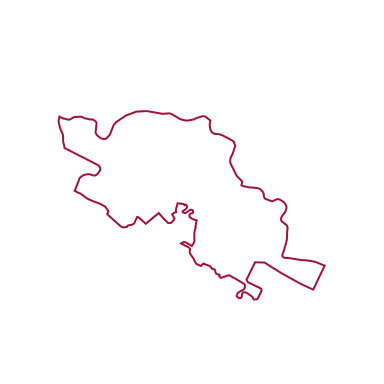 Sahar, Sa`dah, Yemen, rotated 117°
{"feature_id": "15242507B10960751674051", "entity_name": "Sahar", "entity_type": "district", "adm_level": 2, "iso_a3": "YEM", "parent_name": "Yemen", "parent_adm1": "Sa`dah", "projection": "mercator", "projection_center": [43.698, 16.931], "detail": "fine", "context": "isolated", "style": "outline", "palette": "rose", "viewbox_px": 384, "rotation_deg": 117, "n_neighbors": 0, "source": "geoboundaries", "source_scale": "gbopen_adm2", "svg_char_len": 5999}
<svg xmlns="http://www.w3.org/2000/svg" viewBox="0 0 384 384"><g transform="rotate(117 192 192)"><path d="M185.0,344.3L188.7,343.4L190.1,342.6L193.6,339.7L195.1,338.4L196.3,337.1L198.2,334.5L199.5,333.2L200.2,332.6L201.2,332.0L205.0,330.0L205.7,329.6L208.5,327.1L209.7,326.2L210.7,325.5L210.7,287.4L211.8,285.1L214.3,283.6L219.3,284.5L221.5,286.0L222.3,288.6L222.6,291.2L223.4,292.9L226.2,296.4L230.3,298.4L244.2,297.0L244.2,296.3L244.2,296.1L244.3,294.5L244.3,293.0L244.2,292.9L244.1,291.7L244.1,290.3L244.4,289.0L244.5,288.2L244.5,287.7L244.8,286.4L245.0,285.2L245.3,283.9L245.4,282.5L245.4,281.3L245.4,280.1L245.3,278.8L245.2,276.4L245.0,275.1L244.9,274.0L244.7,272.4L244.5,271.1L244.3,269.8L244.3,268.4L244.3,267.2L244.3,265.9L244.3,264.7L244.4,263.3L244.4,262.8L245.7,260.3L245.7,260.2L246.7,258.2L247.0,257.7L249.4,257.7L250.3,257.4L250.4,257.1L254.9,240.0L255.0,237.6L252.8,234.3L251.0,233.9L248.4,230.6L246.4,229.3L245.1,229.3L243.6,229.4L239.1,229.5L238.8,227.9L239.4,226.0L239.5,225.4L241.0,219.6L241.3,218.7L239.2,217.8L238.4,217.5L236.3,216.6L233.8,215.5L231.3,214.5L229.4,213.6L226.2,212.2L225.9,212.1L226.5,210.5L227.7,207.4L228.0,206.7L228.4,205.9L228.6,205.1L230.5,199.3L230.1,198.6L229.7,198.0L229.6,197.6L229.5,197.0L229.3,196.8L228.4,196.5L226.7,196.0L225.8,195.7L224.7,195.5L224.1,195.4L223.7,195.5L220.8,199.6L218.6,198.4L217.0,197.0L215.7,198.1L214.6,198.4L208.6,199.7L206.5,193.9L206.6,193.4L206.9,193.3L207.1,193.0L207.2,192.6L206.8,192.3L206.5,192.3L206.2,192.0L206.1,191.5L206.4,190.6L206.8,190.1L207.3,189.7L208.1,189.5L209.2,189.5L210.3,189.9L212.4,191.1L213.2,191.4L213.7,191.5L214.2,191.1L214.3,190.0L214.0,188.8L213.4,188.1L211.9,187.2L211.5,187.0L210.9,186.7L210.2,186.4L209.9,186.2L208.4,185.1L208.0,183.9L208.1,182.7L209.4,181.9L209.9,181.8L210.4,181.9L210.7,182.0L211.0,182.4L211.4,183.2L211.8,183.4L213.1,183.7L214.2,183.7L215.0,183.2L215.5,182.7L215.6,181.9L215.8,178.7L215.2,174.8L216.2,174.7L217.8,174.3L221.9,173.0L222.0,172.5L223.9,172.3L225.0,172.1L227.8,171.2L234.9,167.4L236.3,167.4L237.9,167.4L239.3,167.5L240.1,167.6L240.1,168.7L239.8,174.2L239.7,174.8L240.1,176.0L240.5,176.8L241.3,177.4L242.6,178.3L242.8,178.4L242.9,173.3L242.8,171.9L242.8,170.1L242.9,169.5L243.7,168.0L243.9,167.6L245.0,167.4L245.9,167.1L246.4,166.9L247.4,166.1L248.1,165.1L248.7,163.9L249.4,162.8L249.9,161.6L251.9,158.8L252.8,157.5L253.4,156.9L253.8,156.1L254.1,155.2L253.9,150.5L250.6,149.4L250.6,149.2L250.5,147.8L250.4,147.1L250.4,146.6L250.2,145.3L250.1,143.8L249.9,142.3L251.3,139.2L251.4,138.5L250.8,137.7L250.8,136.7L251.3,136.0L252.4,135.0L253.4,134.0L253.8,133.1L253.7,132.1L253.8,132.0L253.4,130.9L253.3,130.3L253.4,129.6L254.0,129.5L254.7,129.6L255.0,128.7L255.2,127.9L255.4,127.2L255.2,127.0L251.0,123.0L250.0,122.0L249.3,120.7L249.6,112.6L250.2,104.1L250.5,103.1L251.3,102.4L252.8,101.7L254.5,101.5L255.7,101.8L256.7,102.6L256.8,102.6L259.5,104.5L261.6,105.4L263.0,105.4L263.8,105.2L264.5,104.8L265.0,104.0L265.1,103.2L265.3,102.1L264.9,101.2L264.5,100.6L263.5,100.2L262.3,100.2L261.2,100.7L260.6,101.0L259.9,101.1L258.7,101.1L258.1,100.7L257.7,100.2L257.2,99.1L257.0,97.7L257.9,90.9L258.4,89.9L258.8,89.4L259.4,88.9L259.7,88.3L259.6,87.6L258.6,86.4L258.3,85.7L257.8,85.3L256.3,85.1L249.8,85.1L248.6,85.2L247.9,85.4L247.2,85.9L246.8,86.5L246.8,87.0L246.7,88.6L247.1,101.0L245.5,103.6L226.0,103.9L221.9,95.2L222.5,89.5L223.1,82.9L223.8,73.9L224.5,52.7L224.0,40.3L223.9,39.7L206.3,40.1L197.3,40.4L197.3,40.5L197.6,42.1L198.2,50.0L198.7,52.0L199.1,53.3L199.5,54.7L199.8,55.8L200.4,57.2L200.9,58.7L201.3,59.8L201.9,61.1L202.4,62.2L202.9,63.6L203.4,65.1L203.8,66.2L204.2,67.4L204.6,68.5L205.0,69.9L205.4,71.2L205.9,72.6L206.3,73.9L206.7,75.2L207.3,76.7L208.0,78.0L208.5,79.2L208.7,80.2L208.8,80.6L208.5,81.9L207.3,82.9L206.1,83.1L204.8,83.2L203.4,83.4L202.0,83.7L200.7,83.9L199.5,84.2L198.1,84.4L196.8,84.6L195.5,84.9L194.0,85.2L192.9,85.4L191.2,86.0L189.7,86.6L188.2,87.2L187.1,87.8L185.8,88.4L184.6,89.0L183.5,89.4L182.3,89.9L181.1,90.3L179.8,91.1L178.6,92.5L178.2,94.3L177.6,98.1L177.0,99.4L176.0,100.3L174.8,100.7L173.4,100.9L172.1,100.8L170.1,100.3L167.5,99.9L163.9,100.4L162.3,101.1L161.2,102.1L159.6,104.9L159.1,107.2L158.9,110.7L159.2,112.0L160.0,113.1L163.7,116.0L164.0,116.9L164.2,118.3L164.4,119.9L164.5,120.3L164.5,121.4L164.6,121.7L164.7,122.6L164.8,123.3L164.6,124.3L164.0,125.2L163.4,125.8L161.3,127.2L160.8,127.7L160.3,128.3L159.9,128.7L159.3,129.9L159.0,131.0L158.5,132.4L158.5,133.6L158.8,135.0L159.0,135.8L159.1,136.4L159.6,137.5L160.0,138.7L160.1,138.8L160.2,139.1L160.3,139.4L160.6,139.9L160.8,140.4L161.0,141.1L161.6,142.3L161.7,142.5L162.1,144.0L162.8,146.4L163.2,147.7L163.4,148.9L163.6,150.0L163.5,151.1L161.1,151.5L160.2,151.8L159.7,152.4L157.9,157.7L157.2,159.6L150.2,169.1L148.6,171.1L147.5,171.8L146.3,172.4L143.9,173.2L142.6,173.2L141.3,173.1L139.8,173.1L138.2,173.3L136.7,173.6L133.9,174.1L132.7,174.3L131.4,174.2L128.1,177.8L128.0,179.3L127.9,180.5L127.8,181.9L127.7,183.4L127.7,184.8L127.7,186.2L127.7,187.6L127.7,188.9L127.7,190.3L127.8,191.5L128.0,192.9L128.2,194.1L128.5,194.9L128.7,195.3L128.8,195.6L129.3,196.6L129.7,197.8L130.0,199.3L130.0,200.6L129.5,201.9L128.8,202.9L127.9,204.0L126.7,205.0L125.3,205.9L124.1,206.8L123.9,206.9L120.0,208.1L119.3,211.6L118.7,214.2L119.6,217.0L121.1,218.5L122.0,219.4L123.2,220.6L125.0,222.4L126.2,222.9L130.6,228.7L131.8,232.2L132.4,236.0L132.0,242.0L131.8,245.6L132.2,247.9L135.8,253.9L140.4,269.0L145.6,278.0L153.9,285.6L164.1,291.3L168.3,292.2L178.1,291.2L183.5,292.7L184.8,294.4L185.5,297.4L184.5,302.7L182.8,305.0L180.0,305.9L175.4,307.8L174.2,308.2L173.3,309.0L172.9,309.8L172.8,310.1L172.6,311.4L172.5,312.6L172.6,313.9L173.3,315.0L173.7,316.1L174.1,317.4L174.4,318.6L174.6,319.8L175.0,321.0L175.1,322.3L175.0,323.5L175.2,324.8L175.8,326.1L176.5,327.1L177.1,328.2L177.7,329.3L178.3,330.5L179.3,331.4L180.4,332.2L181.5,332.9L182.5,333.5L183.4,334.4L183.9,335.6L184.1,336.8L184.3,338.0L184.6,339.2L184.9,339.6L185.0,343.1L185.0,344.3Z" fill="none" stroke="#9f1239" stroke-width="2"/></g></svg>